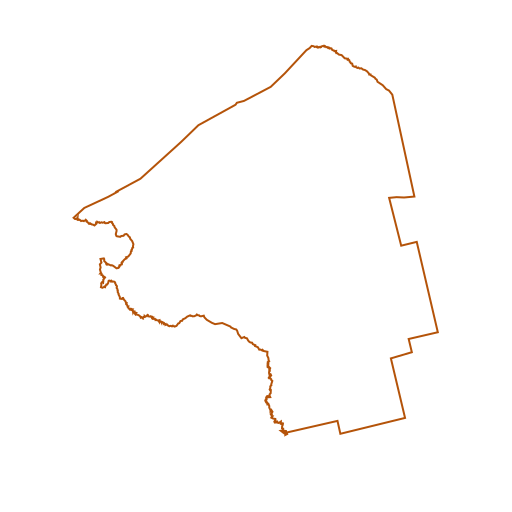 Sinda, Eastern, Zambia (Robinson projection), rotated 167°
{"feature_id": "96606910B72426001037260", "entity_name": "Sinda", "entity_type": "district", "adm_level": 2, "iso_a3": "ZMB", "parent_name": "Zambia", "parent_adm1": "Eastern", "projection": "robinson", "projection_center": [31.868, -14.258], "detail": "fine", "context": "isolated", "style": "outline", "palette": "amber", "viewbox_px": 512, "rotation_deg": 167, "n_neighbors": 0, "source": "geoboundaries", "source_scale": "gbopen_adm2", "svg_char_len": 6110}
<svg xmlns="http://www.w3.org/2000/svg" viewBox="0 0 512 512"><g transform="rotate(167 256 256)"><path d="M336.7,212.4L333.5,213.0L333.0,212.3L332.1,212.2L331.4,211.5L329.7,211.2L327.7,211.6L326.8,212.3L325.9,211.3L324.8,211.0L324.4,210.2L323.2,209.6L320.3,209.6L320.1,207.9L318.3,204.9L314.0,200.8L311.2,198.8L304.0,198.3L296.8,193.0L296.4,192.0L293.7,189.8L291.8,188.9L291.2,187.5L290.9,184.1L288.7,179.2L285.6,179.7L285.2,178.8L283.3,177.8L282.7,175.5L281.9,174.0L280.9,173.0L279.3,172.4L278.9,170.8L277.4,169.7L277.3,168.9L276.8,169.0L276.9,168.3L274.7,166.7L273.9,164.0L272.6,163.8L271.2,162.5L270.7,163.0L269.9,161.7L266.4,160.1L267.5,156.5L266.9,153.8L267.2,151.3L266.9,150.6L267.6,150.3L268.2,148.3L268.7,149.1L269.1,148.0L268.8,147.2L269.4,146.7L269.7,145.2L269.2,144.7L268.5,145.3L267.4,143.5L267.8,142.9L268.3,143.2L268.8,141.9L268.3,141.4L268.6,140.6L269.3,140.2L269.6,139.0L269.6,137.7L269.2,138.0L268.4,137.6L268.1,136.2L268.8,135.7L269.6,135.9L271.0,134.4L270.7,133.9L269.9,134.3L268.9,132.5L269.0,131.7L268.2,130.6L270.1,127.4L270.1,126.6L271.4,125.8L271.8,124.0L272.7,122.9L272.5,122.2L271.7,122.0L272.6,119.0L273.9,118.1L274.2,116.8L273.9,115.3L275.8,115.6L276.1,116.1L275.9,116.8L276.6,117.0L277.8,116.0L277.5,115.5L277.9,114.0L278.7,114.2L279.5,113.0L279.0,110.9L278.4,110.3L278.2,110.9L278.0,110.4L278.3,108.8L277.9,108.7L277.6,109.4L277.2,109.3L276.8,106.8L277.2,105.3L276.6,102.6L276.8,101.6L275.7,102.5L275.0,100.5L276.2,99.3L276.2,98.5L276.9,98.7L277.2,98.3L276.7,97.6L276.7,96.6L275.9,96.2L277.4,95.0L275.8,93.7L273.8,92.9L273.9,92.0L275.4,90.5L275.2,89.5L273.5,89.2L273.2,90.0L272.7,90.1L272.0,88.4L271.3,88.2L269.0,89.1L269.6,86.9L268.5,86.3L267.8,87.0L267.4,86.8L268.0,85.3L268.8,84.4L269.4,82.3L268.4,81.7L268.9,80.7L268.3,80.0L269.0,79.3L269.0,80.0L271.1,80.1L268.6,77.1L268.3,77.8L266.6,78.9L266.1,78.7L266.1,78.0L267.5,75.1L265.7,75.5L265.8,76.3L265.4,77.0L264.8,77.1L213.7,77.0L213.8,63.8L147.2,64.7L147.6,125.9L125.8,127.2L125.9,140.8L96.0,140.8L96.2,233.6L112.2,233.4L113.2,282.7L105.7,281.7L98.6,279.7L88.3,278.3L86.9,382.5L89.2,387.3L91.6,389.3L94.1,393.9L98.4,398.4L98.7,400.7L99.8,401.9L100.1,403.0L103.7,406.5L103.6,407.1L104.9,407.4L104.8,408.2L106.3,411.0L108.0,412.7L109.8,413.6L111.1,415.2L112.9,415.4L113.9,416.6L114.9,416.4L116.3,417.7L116.2,418.2L117.5,418.2L119.0,419.5L119.0,421.8L120.3,422.5L120.4,423.5L121.0,424.2L121.1,425.9L121.7,426.3L121.9,427.2L122.7,426.8L122.9,427.8L125.1,428.7L127.4,432.5L129.9,433.6L131.4,435.6L132.1,435.6L132.4,436.3L131.8,437.8L133.6,438.0L133.8,438.7L135.3,439.5L135.8,441.3L136.8,441.5L137.4,442.2L137.8,441.8L138.7,443.0L139.1,442.6L139.9,443.7L140.7,443.7L141.5,445.0L142.2,445.5L142.6,444.9L143.0,445.4L143.9,445.6L145.4,445.4L145.6,445.0L146.5,445.3L146.7,444.9L147.7,445.4L148.3,445.2L148.8,445.8L149.1,445.3L149.9,445.9L150.1,446.5L151.9,446.5L152.6,447.4L154.5,448.2L157.0,446.5L160.6,445.2L186.8,427.5L203.6,417.5L232.9,409.8L240.2,409.6L241.9,408.0L282.7,396.4L303.3,384.0L351.2,357.3L377.2,350.2L376.7,349.7L386.7,346.9L412.4,341.5L425.1,334.3L424.2,332.9L423.1,332.5L422.3,332.6L421.3,333.5L421.7,332.3L420.8,331.8L421.0,331.5L421.3,331.8L421.5,331.3L419.5,330.8L418.6,329.4L417.5,329.5L415.9,328.7L415.5,329.1L414.3,328.9L413.7,329.5L412.9,328.2L413.2,327.5L412.2,326.5L411.6,325.0L410.5,324.6L410.2,325.1L408.7,323.5L408.0,323.4L406.5,322.1L405.1,322.9L404.4,324.3L404.0,323.8L403.1,325.1L402.5,324.4L401.3,324.2L401.3,323.8L400.7,323.3L399.0,323.6L397.9,322.9L396.1,323.1L395.9,322.2L395.4,321.8L392.6,321.4L391.3,322.1L389.2,321.9L388.6,321.4L388.8,320.3L388.2,319.5L388.3,318.5L387.3,317.1L387.3,315.8L386.0,313.0L386.2,311.8L387.7,308.9L387.6,307.1L387.1,306.5L383.9,305.2L382.8,305.8L380.5,305.5L379.2,306.6L377.3,306.6L376.4,305.6L375.6,303.6L374.7,302.6L374.7,301.1L373.3,298.4L372.8,295.1L373.7,293.2L373.8,291.9L374.8,291.6L375.5,290.0L376.2,289.7L376.1,288.8L377.0,288.3L377.5,286.7L380.6,284.2L382.9,284.0L382.7,282.8L384.6,282.4L387.1,280.7L387.1,280.4L387.7,280.4L388.6,279.5L388.3,278.8L388.6,278.0L390.9,277.7L390.8,277.1L391.5,277.0L391.8,276.0L392.4,275.9L392.7,275.3L394.7,275.4L397.3,278.5L398.6,279.5L399.4,279.4L402.2,281.5L402.6,281.0L403.5,281.2L403.7,281.9L403.2,282.1L403.3,282.7L405.0,285.2L404.6,287.2L404.8,287.9L408.2,288.1L408.1,284.3L410.0,283.0L410.0,279.8L411.1,277.9L410.9,274.6L411.6,274.0L410.6,273.8L410.4,273.1L410.9,272.3L409.6,271.4L409.6,269.7L409.0,269.3L408.3,269.7L407.9,269.1L410.2,267.2L410.3,266.1L410.8,265.7L410.6,265.4L411.0,264.3L411.9,265.1L413.0,264.2L413.1,262.7L414.1,260.5L412.8,259.6L411.2,260.0L410.2,259.6L410.1,260.4L409.6,260.3L408.2,261.9L407.4,261.7L406.1,263.0L405.2,264.9L404.6,265.1L403.5,264.6L403.2,263.7L402.8,263.6L402.3,264.2L401.7,263.3L400.3,263.1L399.6,262.6L399.2,261.8L399.4,261.2L398.9,259.5L399.0,259.1L398.4,258.3L398.4,257.3L399.0,256.3L398.4,254.7L398.7,253.8L398.4,253.1L398.9,252.1L398.3,249.9L398.6,249.4L397.9,246.8L398.2,245.1L396.3,244.3L395.5,245.1L394.9,245.0L394.5,243.2L393.3,241.1L393.3,239.5L392.6,239.2L393.3,238.1L392.6,237.3L392.5,235.5L391.8,235.5L392.1,234.8L391.9,233.5L391.1,233.1L391.0,232.4L389.8,232.8L389.2,232.4L389.5,231.9L388.4,231.7L389.0,231.1L388.3,230.8L388.4,229.1L388.0,229.7L386.8,229.3L387.1,228.3L385.8,227.7L387.0,227.0L386.4,225.8L385.5,226.0L383.5,224.6L382.4,223.2L382.2,221.9L381.3,222.2L380.5,220.7L380.3,220.6L380.3,221.3L379.4,221.9L378.4,221.6L378.1,222.5L377.7,221.8L377.1,221.8L374.8,223.0L374.5,222.6L374.6,221.5L372.7,220.7L372.2,221.0L371.5,220.5L371.4,219.9L370.6,220.0L370.4,219.6L370.8,219.0L370.0,219.0L370.5,217.9L368.6,217.5L368.4,216.3L367.7,216.5L367.3,215.9L366.1,215.2L365.0,215.2L365.5,214.6L365.2,213.8L365.0,214.5L364.0,214.1L363.7,213.4L363.3,213.4L363.1,212.6L362.9,213.2L361.8,212.5L361.7,211.9L360.9,211.6L361.0,210.8L360.5,211.0L360.0,209.8L359.6,209.9L359.7,209.3L358.9,209.5L358.1,208.8L358.3,209.4L358.0,209.3L357.2,207.8L356.4,207.2L354.7,207.1L353.8,206.4L353.0,206.7L353.0,206.3L351.6,206.1L351.1,205.5L349.2,205.8L346.9,207.8L345.9,207.8L344.2,209.6L342.5,209.5L341.6,210.7L338.8,211.3L336.7,212.4Z" fill="none" stroke="#b45309" stroke-width="2"/></g></svg>